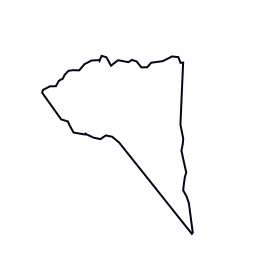 St Phillip, Soufrière, Saint Lucia (orthographic projection), rotated 107°
{"feature_id": "8701671B24452545338403", "entity_name": "St Phillip", "entity_type": "district", "adm_level": 2, "iso_a3": "LCA", "parent_name": "Saint Lucia", "parent_adm1": "Soufrière", "projection": "orthographic", "projection_center": [-61.028, 13.844], "detail": "fine", "context": "isolated", "style": "outline", "palette": "ink", "viewbox_px": 256, "rotation_deg": 107, "n_neighbors": 0, "source": "geoboundaries", "source_scale": "gbopen_adm2", "svg_char_len": 864}
<svg xmlns="http://www.w3.org/2000/svg" viewBox="0 0 256 256"><g transform="rotate(107 128 128)"><path d="M210.5,36.0L209.1,35.5L182.1,47.8L176.5,51.8L171.5,57.0L165.3,58.2L158.0,59.3L153.5,59.3L142.3,65.7L133.9,70.3L127.8,70.9L122.2,72.0L109.3,78.9L49.3,94.4L50.3,96.8L45.5,100.6L46.7,106.8L53.9,114.3L58.8,124.9L64.3,127.4L66.1,133.0L61.8,139.3L61.8,144.3L64.9,146.8L66.1,157.4L69.7,159.9L73.4,162.4L73.2,162.6L66.7,169.3L66.7,172.2L66.7,174.3L71.3,174.8L72.1,174.9L71.5,175.5L74.2,182.7L79.7,188.3L87.1,191.5L88.9,197.8L90.7,201.6L95.6,204.1L99.9,204.8L103.0,207.9L109.1,209.2L111.0,214.9L116.5,220.5L119.4,220.4L139.3,194.4L139.3,187.4L142.1,185.1L148.3,178.7L147.8,175.1L146.7,166.9L145.9,166.9L146.1,166.4L147.3,158.2L146.7,151.1L141.6,147.0L141.0,140.6L144.4,132.4L174.9,87.9L199.3,52.4L210.5,36.0Z" fill="none" stroke="#020617" stroke-width="2"/></g></svg>